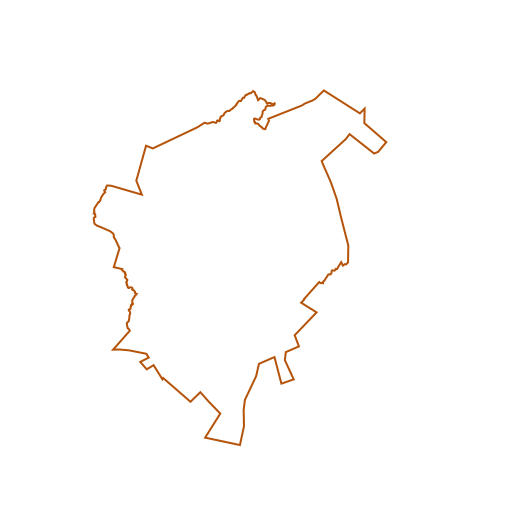 outline of Santa Isabel, Chihuahua, Mexico, rotated 238°
{"feature_id": "50627088B95604835904920", "entity_name": "Santa Isabel", "entity_type": "district", "adm_level": 2, "iso_a3": "MEX", "parent_name": "Mexico", "parent_adm1": "Chihuahua", "projection": "mercator", "projection_center": [-106.302, 28.305], "detail": "fine", "context": "isolated", "style": "outline", "palette": "amber", "viewbox_px": 512, "rotation_deg": 238, "n_neighbors": 0, "source": "geoboundaries", "source_scale": "gbopen_adm2", "svg_char_len": 6007}
<svg xmlns="http://www.w3.org/2000/svg" viewBox="0 0 512 512"><g transform="rotate(238 256 256)"><path d="M104.2,142.2L118.0,155.6L131.9,163.9L139.9,170.4L154.0,192.4L163.0,201.4L160.5,218.1L134.3,209.9L131.4,222.6L152.5,225.3L154.6,227.1L158.7,230.3L156.6,244.5L168.3,246.8L176.1,277.5L192.5,269.5L193.5,273.8L194.0,273.8L200.4,295.8L199.4,296.1L198.6,296.6L198.1,298.1L197.5,298.5L198.5,299.1L198.6,299.3L198.7,299.7L198.8,300.3L199.2,301.8L199.6,302.5L200.3,303.5L200.6,304.8L202.0,307.4L201.9,308.0L201.7,308.4L201.2,308.8L201.0,309.4L201.0,309.8L201.1,310.2L201.2,310.6L203.4,312.4L203.5,312.8L203.2,313.3L202.8,313.7L202.3,314.4L202.0,314.9L202.2,316.0L202.4,316.2L202.7,316.5L202.8,316.9L202.4,317.1L202.0,317.8L203.5,320.6L205.6,325.0L201.8,324.6L202.0,327.1L201.1,328.0L201.9,330.7L215.9,339.8L244.6,348.9L261.4,354.6L279.0,358.6L299.0,361.5L301.7,362.0L307.6,394.3L309.8,399.9L280.3,410.5L279.6,414.7L283.5,426.8L311.3,418.3L323.4,426.2L321.9,419.7L360.4,401.3L359.2,395.6L357.9,390.0L357.9,386.6L359.4,378.1L359.3,375.1L359.4,374.3L362.1,359.6L363.4,352.6L365.2,342.6L365.9,339.1L363.8,338.7L359.5,332.0L359.2,331.7L358.8,331.5L358.7,331.0L358.7,330.8L359.5,330.1L360.3,329.4L360.6,329.2L361.1,329.3L361.8,329.3L362.0,329.1L362.5,329.0L362.6,328.8L362.8,328.8L363.3,328.7L364.1,328.3L364.7,328.0L364.9,328.0L365.1,328.1L366.5,327.9L366.9,327.9L367.1,327.8L367.5,327.5L367.9,326.8L368.1,326.6L368.3,326.3L368.6,326.1L368.7,325.9L368.9,326.0L369.1,325.9L369.2,326.1L369.3,326.1L369.3,325.9L369.5,326.0L369.9,326.0L370.1,326.1L370.5,325.9L370.6,325.7L371.5,326.1L372.3,326.4L372.6,326.6L373.1,326.8L373.4,327.1L373.4,327.5L373.1,328.0L370.7,329.9L370.0,330.8L370.0,331.8L370.5,332.2L371.0,332.9L371.1,333.0L370.9,334.2L371.0,334.6L372.2,335.6L372.7,336.4L373.3,337.0L374.0,337.5L374.8,338.0L375.2,338.7L375.4,339.3L375.5,339.7L375.4,340.1L375.2,341.0L375.6,341.9L376.7,342.7L377.1,343.2L377.3,343.9L377.3,344.7L377.3,345.7L376.7,346.5L376.1,347.0L375.7,347.8L375.5,348.7L375.1,349.5L374.7,349.9L374.5,350.4L374.4,351.0L374.5,351.7L375.1,352.5L375.3,352.7L375.6,352.7L375.6,351.1L375.9,350.7L376.3,350.3L378.0,349.3L378.5,348.7L379.0,348.1L379.4,347.2L379.4,346.2L380.4,346.1L381.6,346.3L383.5,346.1L384.2,345.8L384.7,345.4L385.6,344.9L386.1,344.6L386.6,344.0L387.7,343.3L387.0,340.4L388.6,340.7L391.0,341.2L391.7,341.4L391.8,341.4L392.0,341.1L392.3,341.1L393.1,341.1L394.5,341.5L395.6,341.7L396.0,341.7L396.8,340.9L397.0,340.8L397.3,340.8L397.0,340.0L397.0,338.4L397.0,338.0L396.8,337.7L397.5,337.0L397.5,336.7L397.6,336.4L397.4,335.8L397.4,335.3L397.6,334.9L397.7,334.4L397.5,333.6L397.6,333.2L397.9,332.8L397.9,332.5L397.5,331.5L396.5,329.7L396.9,329.3L397.0,329.0L397.1,328.7L396.9,328.2L396.6,327.8L396.3,326.9L395.7,326.1L395.5,325.5L395.5,325.2L395.6,324.9L396.3,324.2L396.5,323.8L396.3,323.0L395.9,322.0L395.6,320.9L394.9,319.7L394.5,319.5L394.5,319.4L394.5,318.7L394.2,318.0L393.9,316.5L393.8,315.7L393.9,315.4L393.9,315.1L393.5,314.7L393.4,314.3L393.4,313.8L393.5,312.9L393.5,312.4L393.1,310.3L393.9,309.0L394.1,308.3L394.2,307.8L394.1,306.9L394.1,306.0L393.9,305.2L393.6,304.6L392.9,303.5L392.6,303.0L392.6,302.6L392.8,301.0L392.8,299.7L392.2,299.3L391.7,298.9L391.2,297.8L390.7,297.5L390.0,297.1L389.7,296.6L389.7,296.3L391.4,295.2L391.4,294.7L391.1,294.3L390.4,293.5L390.1,293.0L390.1,292.6L392.6,290.3L392.9,288.8L393.6,286.1L394.1,284.9L396.3,283.0L396.2,274.6L401.9,225.5L407.8,221.2L383.3,194.4L368.5,191.7L391.9,170.8L393.0,169.6L394.7,167.0L393.4,164.8L392.1,163.9L392.1,162.0L390.0,161.9L389.4,159.2L387.7,155.7L385.9,153.6L384.8,151.5L385.2,151.0L382.3,144.6L380.6,142.8L379.3,142.5L379.0,142.0L378.5,141.7L378.0,141.0L377.5,141.7L376.4,141.7L376.1,141.3L375.6,141.2L375.3,140.8L375.2,140.8L374.7,140.8L374.2,140.5L374.2,140.2L374.4,139.6L374.4,139.3L374.2,138.6L374.0,138.3L369.0,136.1L367.6,136.6L367.3,136.7L366.2,137.1L362.6,139.8L356.2,144.1L354.8,145.2L353.4,145.8L352.4,146.1L351.2,146.6L350.2,146.7L349.5,146.6L348.0,145.9L347.6,145.5L347.0,145.4L346.3,145.3L344.4,145.5L343.4,145.4L341.7,145.1L340.5,145.1L338.9,144.7L337.8,144.8L337.1,144.5L336.6,144.5L336.1,144.4L335.7,144.5L335.0,144.5L321.9,129.5L316.3,135.1L316.3,134.9L316.2,134.9L315.0,134.9L313.9,135.4L313.6,135.4L313.3,135.3L313.1,135.3L312.4,136.1L312.0,136.2L311.2,136.2L310.9,136.0L310.5,135.5L309.8,135.5L309.2,135.8L308.9,135.6L308.6,135.0L308.1,134.4L307.7,133.7L307.0,133.9L306.4,133.7L306.1,133.8L304.6,134.1L304.3,134.3L304.0,134.3L303.8,134.2L303.2,133.3L303.0,133.2L302.9,133.1L302.7,132.5L302.4,132.0L302.3,131.9L301.8,132.1L301.5,132.0L300.8,131.5L300.2,131.7L299.9,131.4L299.5,131.0L298.6,131.1L297.9,131.0L297.3,130.7L296.6,130.8L296.4,130.9L296.1,131.9L296.2,132.7L296.1,132.9L295.8,133.3L294.7,134.1L294.3,134.1L294.0,134.1L293.6,133.8L293.4,133.4L293.2,133.2L292.9,133.2L292.6,133.4L292.3,133.8L292.1,133.9L291.3,134.3L290.3,134.3L290.0,134.4L289.8,134.4L289.3,134.1L289.0,133.8L288.7,133.8L287.7,134.1L287.5,134.3L287.4,134.5L287.1,134.7L287.0,134.1L286.6,133.3L286.4,133.1L286.3,132.9L286.4,132.4L286.5,132.2L286.4,131.8L286.1,131.7L285.8,131.2L285.5,130.7L285.4,130.1L284.6,128.6L284.3,127.9L283.8,127.4L283.1,127.1L282.4,126.6L282.0,126.5L281.2,126.5L280.7,126.3L280.4,126.1L280.2,125.8L280.2,125.6L280.4,125.6L281.1,125.8L281.2,125.7L281.0,125.1L280.4,124.3L280.4,124.2L280.6,124.0L280.6,123.9L280.3,123.8L279.8,123.6L279.4,123.2L279.3,122.7L279.1,122.5L278.2,122.0L277.6,121.3L277.6,121.2L278.0,120.0L277.8,119.6L277.6,119.4L277.1,119.3L276.9,119.5L276.6,119.4L275.9,119.6L275.5,119.5L274.9,119.4L274.4,119.1L273.8,118.6L273.2,117.9L273.1,117.6L272.5,117.2L271.4,116.2L270.7,115.9L268.4,113.8L268.1,113.2L267.8,111.4L267.5,110.9L266.8,110.5L265.2,109.7L264.7,109.7L262.8,108.9L262.4,109.0L261.6,109.5L261.2,109.5L260.8,109.5L259.5,109.4L252.3,85.2L248.9,90.9L243.3,98.3L231.2,111.2L226.7,111.2L227.5,101.7L217.8,103.3L217.7,111.3L201.0,111.3L201.7,112.6L167.1,123.2L170.0,136.6L157.2,138.8L141.3,142.2L128.9,116.6L104.2,142.2Z" fill="none" stroke="#b45309" stroke-width="2"/></g></svg>